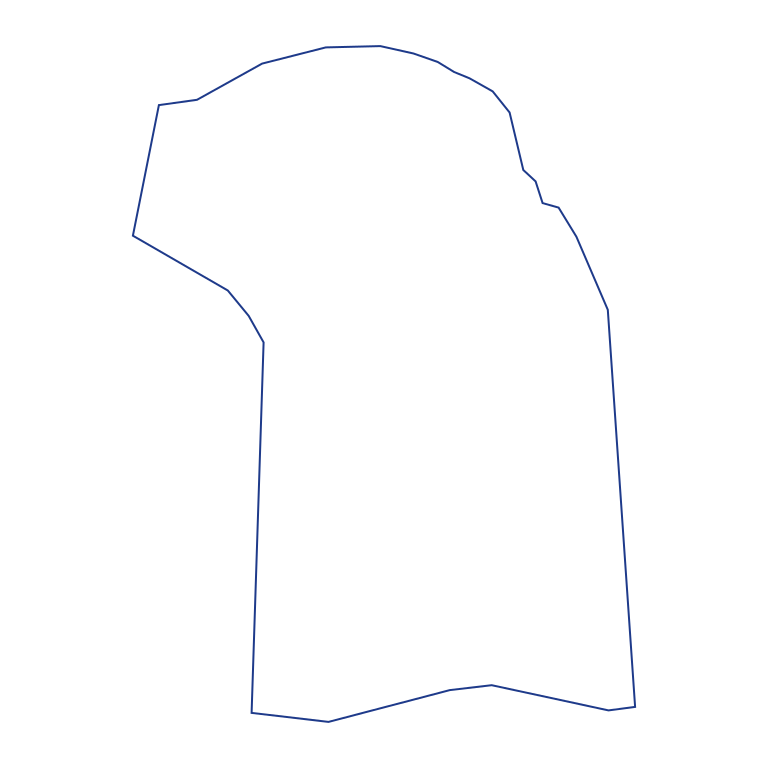 map outline of Princes Town (Equal Earth projection)
{"feature_id": "TTO-57", "entity_name": "Princes Town", "entity_type": "Region", "adm_level": 1, "iso_a3": "TTO", "parent_name": "Trinidad and Tobago", "parent_adm1": "", "projection": "equal_earth", "projection_center": [-61.291, 10.201], "detail": "fine", "context": "isolated", "style": "outline", "palette": "blue", "viewbox_px": 768, "rotation_deg": 0, "n_neighbors": 0, "source": "natural_earth", "source_scale": "10m", "svg_char_len": 454}
<svg xmlns="http://www.w3.org/2000/svg" viewBox="0 0 768 768"><path d="M635.1,706.9L608.5,710.4L491.7,685.2L449.8,690.1L328.5,721.9L251.6,712.9L263.6,342.4L248.7,315.9L227.8,290.5L132.9,235.7L158.9,105.1L197.0,99.8L262.1,63.6L325.8,47.4L380.3,46.1L413.5,53.5L437.8,62.0L454.1,72.0L469.5,78.3L492.7,91.4L509.6,112.5L523.3,170.0L535.6,181.4L542.6,203.1L558.6,207.6L576.4,236.7L607.8,309.8L635.1,706.9Z" fill="none" stroke="#1e3a8a" stroke-width="2"/></svg>